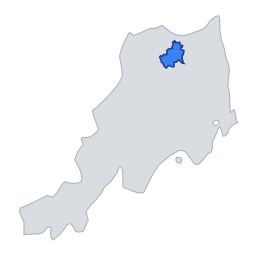 location of Artik, Shirak, Armenia, rotated 89°
{"feature_id": "60910142B41372146219443", "entity_name": "Artik", "entity_type": "district", "adm_level": 2, "iso_a3": "ARM", "parent_name": "Armenia", "parent_adm1": "Shirak", "projection": "orthographic", "projection_center": [44.01, 40.585], "detail": "fine", "context": "in_parent", "style": "filled", "palette": "blue", "viewbox_px": 256, "rotation_deg": 89, "n_neighbors": 0, "source": "geoboundaries", "source_scale": "gbopen_adm2", "svg_char_len": 2788}
<svg xmlns="http://www.w3.org/2000/svg" viewBox="0 0 256 256"><g transform="rotate(89 128 128)"><path d="M109.8,163.3L107.4,159.4L95.1,146.6L83.8,136.8L76.1,132.7L68.3,133.2L56.2,135.2L51.8,134.3L41.3,130.0L32.5,124.9L33.7,122.7L35.6,121.2L33.4,114.5L28.6,103.8L29.1,100.5L27.6,95.8L25.9,92.3L32.8,84.0L35.9,77.2L36.6,70.7L34.9,63.9L30.4,51.5L27.7,47.9L22.6,44.5L18.3,39.0L17.3,35.2L20.9,34.4L31.4,34.4L41.6,33.1L49.6,30.5L61.2,28.4L65.9,26.5L71.5,25.6L88.4,27.5L94.7,25.9L113.7,25.5L114.2,24.7L111.6,22.1L111.6,21.1L122.9,19.4L124.6,18.1L126.1,22.2L130.4,26.8L135.1,28.6L137.6,31.1L137.8,33.0L129.6,35.4L129.0,36.6L129.6,37.7L132.0,38.3L143.7,43.9L150.2,43.9L153.7,45.6L155.5,49.0L161.1,53.6L165.6,58.1L165.9,59.7L165.1,62.0L152.9,71.1L151.4,74.2L151.3,77.4L156.8,87.0L165.0,97.4L176.7,105.2L192.9,113.6L193.2,119.0L190.8,125.4L188.7,129.8L187.8,132.8L185.9,134.1L169.9,134.1L167.5,135.2L166.5,136.5L166.4,137.5L172.2,139.4L181.3,146.1L186.6,152.6L192.0,155.4L198.2,160.5L203.2,165.4L210.8,171.6L219.2,169.3L230.6,174.7L231.2,178.5L230.6,182.0L223.6,185.9L222.7,187.5L222.8,188.8L223.8,190.6L228.0,193.6L233.0,198.0L238.7,204.7L236.3,206.8L231.2,207.3L227.1,206.5L225.8,208.0L225.9,210.2L231.3,215.2L232.4,219.0L232.4,225.6L232.9,233.9L220.6,233.6L210.2,237.9L206.2,237.2L203.4,230.2L201.0,224.5L194.1,210.0L195.7,204.0L192.0,200.6L182.9,194.5L180.6,192.0L181.8,188.4L182.5,181.9L181.6,176.7L179.1,175.2L174.7,175.2L169.3,176.6L158.6,181.8L151.0,178.7L146.6,175.5L144.0,172.8L138.4,175.1L137.0,174.1L136.6,167.3L134.9,163.7L131.5,159.5L128.3,157.5L116.8,161.8L109.8,163.3ZM126.4,42.2L126.7,39.8L126.2,37.6L124.3,36.9L122.1,37.5L121.9,39.9L122.6,42.2L124.9,43.2L126.4,42.2ZM163.5,79.2L160.9,80.8L158.4,80.1L158.4,76.4L160.1,74.8L162.2,74.9L164.1,76.2L163.5,79.2Z" fill="#d9dde1" stroke="#a8b0b8" stroke-width="1"/><path d="M43.3,74.7L43.5,76.0L43.3,79.6L42.5,79.2L41.6,79.8L42.9,81.9L44.8,81.3L46.4,82.0L48.2,82.7L49.1,82.2L49.3,83.8L50.0,85.0L49.6,86.0L51.0,87.7L52.9,87.8L55.4,88.0L55.1,90.1L55.1,91.0L55.5,91.7L57.0,92.2L56.4,94.3L58.0,95.1L59.7,94.2L61.0,93.7L62.6,93.6L63.1,93.1L63.6,92.4L64.1,92.0L65.4,91.5L66.2,91.1L67.1,90.5L67.7,90.0L68.5,89.2L68.7,88.5L68.6,88.4L68.0,88.0L66.9,87.3L66.3,85.9L66.3,85.5L67.1,84.4L67.6,81.7L67.6,81.0L63.0,80.7L62.9,80.2L63.0,78.7L62.6,78.2L62.2,77.6L62.0,77.1L61.4,77.0L60.9,76.7L61.4,74.9L61.7,74.8L62.3,74.5L63.7,73.2L64.1,72.6L64.3,71.2L63.9,71.6L63.1,72.2L62.5,72.2L62.1,71.8L61.5,72.1L60.7,72.5L59.9,72.5L58.2,72.6L57.4,72.5L56.4,72.5L55.6,71.5L54.8,71.3L54.1,71.2L53.3,71.0L52.3,70.8L51.5,70.8L51.3,71.4L51.1,71.8L50.9,72.2L50.6,73.1L50.1,73.7L49.0,74.1L48.4,73.7L48.0,73.0L47.9,72.2L47.1,72.0L46.4,72.0L46.3,72.4L46.3,73.2L46.2,74.1L45.8,74.4L45.0,74.6L44.7,74.7L43.3,74.7Z" fill="#3b82f6" stroke="#1e3a8a" stroke-width="1.5"/></g></svg>